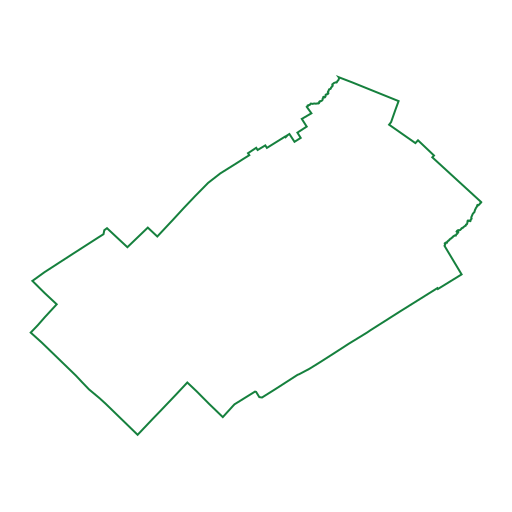 outline of San Andrés de Giles, Buenos Aires, Argentina
{"feature_id": "61730980B42439794948491", "entity_name": "San Andrés de Giles", "entity_type": "district", "adm_level": 2, "iso_a3": "ARG", "parent_name": "Argentina", "parent_adm1": "Buenos Aires", "projection": "orthographic", "projection_center": [-59.325, -34.427], "detail": "fine", "context": "isolated", "style": "outline", "palette": "green", "viewbox_px": 512, "rotation_deg": 0, "n_neighbors": 0, "source": "geoboundaries", "source_scale": "gbopen_adm2", "svg_char_len": 5641}
<svg xmlns="http://www.w3.org/2000/svg" viewBox="0 0 512 512"><path d="M104.3,230.2L103.5,234.2L98.1,237.6L72.9,253.8L59.6,262.4L44.6,272.1L32.4,280.9L44.5,292.9L56.7,304.3L44.8,317.2L37.8,325.2L30.7,332.6L41.7,342.5L75.9,375.6L81.6,381.7L89.0,389.4L99.2,397.9L105.8,403.9L137.6,434.8L152.6,419.0L158.7,412.7L165.2,405.9L175.8,394.8L187.3,382.5L196.6,391.3L209.0,403.8L222.8,417.1L232.9,406.0L234.5,404.3L255.0,391.6L256.1,391.9L259.3,397.1L262.0,397.5L275.4,389.1L297.6,374.8L299.0,374.3L309.4,368.8L319.9,362.3L337.1,351.3L348.5,343.9L367.3,332.4L370.5,330.2L400.1,311.4L437.4,288.1L437.9,289.0L461.6,274.4L444.6,246.0L444.5,245.8L444.6,245.6L444.7,245.4L444.9,245.2L445.0,245.0L445.1,244.8L445.2,244.5L445.0,244.2L444.9,244.1L444.8,243.8L444.9,243.5L444.8,243.3L445.0,243.1L445.4,243.0L445.6,242.9L446.0,243.0L446.2,242.9L446.3,242.6L446.3,242.4L446.7,242.3L447.1,242.5L447.2,242.3L447.2,242.0L447.2,241.8L447.3,241.6L447.6,241.4L447.9,241.2L448.0,241.0L448.2,240.8L448.3,240.7L448.5,240.7L449.0,240.4L449.3,239.8L449.5,239.8L449.7,239.6L449.7,239.4L449.9,239.2L450.1,239.0L450.3,238.9L450.5,238.7L450.9,238.5L451.1,238.5L451.4,238.2L451.7,237.8L451.9,237.7L452.2,237.6L452.4,237.5L452.5,237.3L452.6,237.0L452.8,236.9L453.0,236.8L453.1,236.6L453.2,236.4L453.4,236.3L453.7,236.2L453.9,236.1L454.0,235.9L454.6,235.5L455.0,235.4L455.3,235.4L455.6,235.6L455.8,235.6L456.0,235.1L456.1,234.8L456.3,234.5L456.4,234.3L456.6,234.1L457.2,233.8L457.4,233.5L457.5,233.4L457.6,233.1L457.7,232.8L458.0,232.6L458.2,232.4L458.3,232.1L458.1,231.7L457.9,231.7L457.7,231.6L457.5,231.8L457.2,231.9L456.8,231.9L456.6,231.6L456.8,231.4L456.9,231.2L457.1,230.8L457.4,230.6L457.7,230.4L458.0,230.2L458.4,230.1L458.6,230.2L458.8,230.3L459.0,230.3L459.5,230.2L459.8,230.1L460.1,230.0L460.3,229.9L460.4,229.7L460.6,229.5L460.9,229.2L461.1,229.1L461.4,228.8L461.5,228.6L461.5,228.4L461.7,228.2L461.9,228.1L462.1,228.0L462.4,228.0L462.7,227.9L462.9,227.8L463.1,227.5L463.3,227.2L463.6,227.0L463.9,226.8L464.3,226.5L464.4,226.4L464.6,226.3L464.8,226.1L465.1,225.9L465.3,225.9L465.6,225.8L465.7,225.6L465.8,225.4L465.8,225.1L465.9,224.8L466.0,224.6L466.7,224.4L466.9,224.2L467.0,224.0L467.1,223.7L467.2,223.4L467.3,223.1L467.3,222.9L467.4,222.6L467.4,222.3L467.4,222.0L467.5,221.7L467.5,221.4L467.6,221.1L467.6,220.9L467.7,220.7L467.9,220.5L468.2,220.5L468.4,220.5L468.6,220.6L468.8,220.8L469.0,220.6L469.3,220.6L469.5,220.7L469.7,220.9L469.9,221.0L470.2,221.2L470.4,221.1L470.5,220.9L470.6,220.6L470.6,220.2L470.7,219.7L470.8,219.5L471.1,219.2L471.4,218.9L471.6,218.7L471.6,218.3L471.3,217.9L471.3,217.7L471.3,217.3L471.4,217.0L471.6,216.5L471.8,216.2L471.9,215.9L472.0,215.7L472.1,215.3L472.4,214.8L472.5,214.5L472.8,213.8L473.1,213.4L473.3,213.3L473.4,213.1L473.8,212.7L474.0,212.5L474.2,212.3L474.4,212.1L474.4,211.8L474.5,211.6L474.6,211.3L474.7,211.1L474.8,210.8L474.8,210.5L475.0,210.1L475.0,209.9L475.1,209.7L475.3,209.3L475.4,209.2L475.6,208.9L475.7,208.5L475.8,208.2L476.0,207.9L476.2,207.7L476.3,207.5L476.5,207.2L476.7,206.8L476.9,206.5L477.1,206.4L477.3,206.3L477.4,206.1L477.5,205.9L477.4,205.6L477.2,205.4L477.3,205.1L477.5,205.0L477.7,204.9L477.9,205.0L478.1,205.1L478.3,205.2L478.6,205.1L478.9,204.8L479.0,204.7L479.4,204.4L479.5,204.3L479.6,204.0L479.9,203.7L480.1,203.5L480.2,203.3L480.3,203.0L480.6,202.9L480.8,202.8L481.0,202.7L481.3,202.3L481.3,202.2L457.6,180.5L432.3,157.3L434.0,155.5L418.0,140.3L415.4,143.1L389.1,124.7L391.1,122.1L395.3,110.1L398.6,101.1L352.5,82.5L338.7,77.2L339.0,77.6L339.2,78.3L338.9,78.9L338.7,79.2L338.5,79.8L338.2,80.4L337.7,80.8L337.2,81.4L337.0,81.9L336.8,82.3L336.6,82.5L335.9,82.3L334.0,83.0L333.7,83.2L333.4,83.5L333.2,83.7L333.0,83.9L332.8,84.0L332.6,84.1L332.3,84.4L332.3,84.8L332.3,85.0L332.5,85.3L332.7,85.7L332.6,85.9L332.4,86.2L332.2,86.3L332.0,86.5L331.9,86.7L331.8,86.9L331.6,87.1L331.4,87.2L331.2,87.4L331.1,87.5L330.9,88.1L330.9,88.3L330.8,88.5L330.6,88.7L330.5,88.9L330.2,89.0L329.8,89.1L329.5,89.2L329.3,89.3L329.1,89.4L329.1,89.6L328.9,89.9L328.8,90.3L328.7,90.4L328.6,90.8L328.5,91.1L328.3,91.2L328.1,91.4L328.0,91.7L327.9,91.9L327.9,92.1L327.8,92.3L327.9,92.6L328.2,92.8L328.4,93.1L328.3,93.3L328.2,93.6L328.0,93.8L327.7,94.0L327.2,94.3L326.9,94.3L326.7,94.2L326.2,94.4L326.0,94.5L325.8,94.7L325.6,94.9L325.6,95.1L325.6,95.5L325.6,95.9L325.6,96.1L325.5,96.4L325.4,96.6L325.3,96.8L325.1,97.1L324.8,97.4L324.5,97.5L324.3,97.4L324.1,97.2L324.1,96.9L323.9,96.8L323.6,96.8L323.4,96.9L323.4,97.1L323.3,97.3L323.4,97.5L323.1,98.0L322.9,98.2L322.8,98.4L322.7,98.6L322.6,98.9L322.7,99.3L322.6,99.6L322.5,99.9L322.4,100.1L322.2,100.3L321.9,100.6L321.6,100.8L321.2,101.0L320.8,101.2L320.4,101.2L320.2,101.1L319.8,101.3L319.7,101.5L319.3,101.7L319.3,101.9L319.4,102.4L319.2,102.6L319.1,102.9L318.9,102.9L318.8,103.1L318.6,103.4L318.2,103.5L317.9,103.4L317.7,103.3L317.4,103.3L317.1,103.5L316.8,103.5L316.6,103.6L316.1,103.6L315.8,103.7L315.3,103.6L314.9,103.6L314.5,103.5L313.7,103.6L313.2,103.7L313.0,103.8L312.8,103.8L312.5,103.9L312.0,103.8L311.7,103.7L311.0,103.6L310.7,103.6L310.4,103.9L310.3,104.2L310.2,104.4L310.0,104.7L309.8,104.8L309.4,105.0L308.8,105.2L308.5,105.1L308.3,105.2L308.1,105.3L307.9,105.4L307.7,105.5L307.8,105.8L307.8,106.1L307.6,106.2L307.2,106.6L306.8,106.9L311.4,113.3L301.8,118.9L306.7,126.6L297.4,132.6L300.7,137.9L294.5,141.8L289.4,134.0L286.4,135.9L286.6,136.3L285.5,137.3L284.9,136.7L266.9,147.9L265.3,145.4L257.6,150.0L256.2,147.8L248.0,153.2L249.3,155.2L243.0,159.1L239.6,161.3L220.3,173.4L208.1,182.9L195.1,196.1L183.7,208.1L172.4,220.4L170.3,222.6L157.3,236.5L147.8,227.6L127.4,247.2L116.0,236.6L107.0,228.2L104.3,230.2Z" fill="none" stroke="#15803d" stroke-width="2"/></svg>